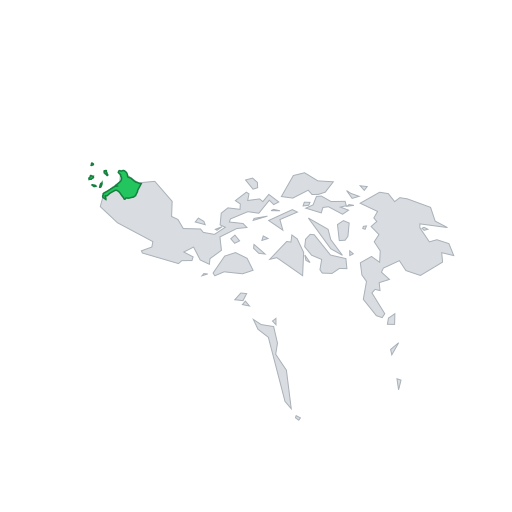 location of Cagayan within Philippines, rotated 298°
{"feature_id": "PHL-2545", "entity_name": "Cagayan", "entity_type": "Province", "adm_level": 1, "iso_a3": "PHL", "parent_name": "Philippines", "parent_adm1": "", "projection": "orthographic", "projection_center": [121.637, 18.548], "detail": "fine", "context": "in_parent", "style": "filled", "palette": "green", "viewbox_px": 512, "rotation_deg": 298, "n_neighbors": 0, "source": "natural_earth", "source_scale": "10m", "svg_char_len": 6848}
<svg xmlns="http://www.w3.org/2000/svg" viewBox="0 0 512 512"><g transform="rotate(298 256 256)"><path d="M239.0,92.5L257.5,100.9L268.0,96.6L265.2,117.5L274.4,131.6L264.9,156.3L251.3,162.9L251.6,169.9L246.1,178.9L253.8,194.3L252.1,198.4L255.6,209.2L267.0,215.4L266.6,209.7L277.5,205.2L285.3,208.6L289.7,220.0L294.6,217.7L295.2,211.8L307.8,217.5L307.6,220.6L301.1,222.6L308.1,232.4L307.2,236.5L316.4,238.4L314.4,250.7L309.7,247.5L311.5,241.6L295.1,238.4L291.3,228.0L276.7,216.0L273.5,216.5L278.6,229.3L276.9,234.6L271.2,226.1L255.9,215.2L244.8,222.8L232.0,216.6L226.8,218.7L226.3,208.6L234.6,196.7L225.6,190.4L225.7,200.9L221.9,201.6L217.1,192.7L212.9,191.1L205.3,154.3L206.8,152.4L215.0,159.8L220.3,158.2L220.3,118.1L226.5,95.3L239.0,92.5ZM351.5,323.2L370.3,335.2L373.2,343.5L369.1,352.9L375.0,355.6L377.5,362.8L380.9,387.3L370.9,397.8L371.0,411.7L361.3,385.6L357.8,387.5L349.9,402.4L355.3,408.1L357.5,420.5L349.2,430.4L346.1,418.4L338.2,423.6L316.0,410.3L313.5,395.2L319.2,384.8L305.1,374.1L300.6,374.4L298.0,384.8L290.3,377.3L283.7,381.7L282.4,376.8L277.8,375.7L265.5,396.8L260.8,396.3L259.8,390.3L268.1,371.1L285.4,365.5L289.0,358.4L299.0,351.3L309.8,358.2L308.5,368.1L318.8,363.3L324.1,353.7L332.6,354.5L336.1,343.8L343.2,346.4L344.9,342.2L352.4,342.4L351.5,323.2ZM295.9,336.6L287.5,342.2L284.2,335.5L276.3,331.3L272.0,322.5L273.9,318.9L283.8,315.6L282.8,304.7L287.0,294.7L294.1,291.9L300.6,293.7L302.1,297.4L291.8,321.3L295.9,336.6ZM344.6,251.2L352.3,259.8L351.4,275.4L357.8,289.4L344.9,287.2L339.7,282.2L336.6,276.6L338.6,271.2L324.4,261.3L320.4,250.5L344.6,251.2ZM259.5,269.7L283.2,276.3L284.7,280.3L291.4,277.8L290.5,284.3L281.5,296.4L260.5,306.4L264.3,275.2L259.5,269.7ZM169.4,336.5L137.7,358.8L141.2,349.9L190.0,305.1L192.2,292.2L198.7,283.5L197.9,292.8L202.0,304.7L189.1,315.9L178.5,319.5L169.4,336.5ZM220.8,226.1L241.2,228.4L249.4,236.3L249.8,249.2L242.0,260.1L234.0,252.5L227.1,235.3L219.2,228.9L220.8,226.1ZM327.9,282.4L337.0,281.4L339.6,285.6L339.3,296.7L346.1,309.0L342.8,312.1L338.8,307.6L339.9,316.2L333.5,312.8L333.5,296.9L330.3,292.3L324.7,293.4L321.6,277.5L327.9,282.4ZM297.2,332.0L297.5,318.6L314.1,284.4L313.4,307.1L305.6,314.3L297.2,332.0ZM328.8,322.8L316.6,327.9L311.8,327.3L308.7,322.3L322.0,313.2L328.3,316.6L328.8,322.8ZM293.3,250.5L314.0,266.3L314.2,271.9L299.4,260.0L291.4,267.6L293.3,250.5ZM321.6,222.7L317.1,225.4L313.6,222.0L318.2,211.1L323.2,216.4L321.6,222.7ZM270.2,405.7L260.7,410.5L257.4,404.1L263.3,402.1L270.2,405.7ZM207.4,257.8L216.2,260.0L218.4,265.4L210.5,265.5L207.4,257.8ZM259.4,225.6L264.5,227.6L261.7,234.4L257.2,231.2L259.4,225.6ZM236.7,418.7L246.4,422.7L232.5,422.3L236.7,418.7ZM357.1,319.0L352.0,313.8L356.3,305.3L355.8,310.4L357.1,319.0ZM265.3,248.8L262.0,263.1L259.7,257.2L261.7,250.2L265.3,248.8ZM213.8,438.1L214.5,442.3L204.8,444.7L213.8,438.1ZM262.4,187.3L262.1,193.7L259.8,196.4L257.5,186.4L262.4,187.3ZM279.8,298.6L275.6,306.8L275.6,302.1L279.8,298.6ZM211.2,267.8L208.8,273.7L206.7,266.8L211.2,267.8ZM328.7,278.5L325.5,278.7L322.3,274.1L326.2,273.4L328.7,278.5ZM277.1,253.0L277.1,258.4L272.5,253.9L277.1,253.0ZM369.5,321.6L364.8,320.8L366.9,315.0L369.5,321.6ZM288.3,236.7L296.6,247.4L286.1,236.8L288.3,236.7ZM210.3,302.9L204.7,305.9L206.3,301.1L210.3,302.9ZM304.6,336.3L303.6,340.9L300.4,338.6L304.6,336.3ZM305.4,249.6L307.2,256.0L303.1,248.0L305.4,249.6ZM133.9,371.2L131.1,370.8L131.7,366.8L133.9,366.4L133.9,371.2ZM334.4,339.4L330.8,339.8L330.4,337.3L332.6,336.9L334.4,339.4ZM360.3,395.2L357.6,392.4L358.4,389.5L360.2,390.9L360.3,395.2ZM216.0,218.2L217.5,221.8L213.2,217.6L216.0,218.2ZM345.1,314.0L346.7,318.7L342.6,313.0L345.1,314.0ZM261.0,83.6L257.0,86.6L259.9,82.2L261.0,83.6ZM266.0,212.3L260.4,209.5L260.5,207.6L266.0,212.3ZM246.2,72.0L249.7,75.3L245.8,73.1L246.2,72.0Z" fill="#d9dde1" stroke="#a8b0b8" stroke-width="1"/><path d="M236.3,92.8L236.9,92.5L237.3,92.4L237.5,92.3L238.0,92.4L238.3,92.4L238.5,92.2L238.8,92.0L239.1,91.8L239.4,91.9L239.6,92.0L239.9,92.1L240.4,92.2L240.7,92.3L240.9,92.5L241.0,92.7L241.2,92.9L242.4,93.5L243.1,94.1L245.5,95.4L245.9,95.7L246.2,95.9L247.0,96.2L248.9,97.4L249.1,97.5L249.4,97.5L249.6,97.6L249.7,97.8L249.9,98.0L250.1,98.2L251.2,98.6L251.7,99.3L252.1,100.0L252.6,100.5L252.6,100.3L252.3,99.9L252.3,99.4L252.5,99.0L252.9,99.1L253.2,99.4L257.7,101.1L258.8,101.4L259.3,101.4L260.7,101.2L261.0,101.1L262.3,100.3L263.3,98.7L263.6,98.5L264.1,98.4L264.3,98.1L264.4,97.2L265.0,95.4L265.2,95.1L266.3,95.0L266.8,95.0L267.2,95.2L267.4,95.6L267.5,96.6L267.6,97.0L267.8,97.3L268.5,97.9L268.8,98.1L269.3,98.8L269.5,99.8L269.3,101.0L269.0,102.1L268.6,102.9L267.9,103.8L267.5,104.2L266.7,104.7L265.9,105.5L265.7,105.7L265.6,106.0L265.6,106.4L265.7,106.6L265.8,106.8L265.8,107.0L265.8,107.9L266.0,108.8L266.0,109.1L264.9,114.0L264.9,114.3L265.0,114.9L264.9,115.1L264.8,115.4L264.8,115.6L264.9,115.8L265.2,116.2L265.3,116.4L265.3,118.7L265.5,119.4L266.0,120.7L258.6,120.7L258.1,120.8L257.3,121.1L256.9,121.2L254.0,121.2L252.7,121.4L252.3,121.1L251.9,120.8L251.5,120.6L251.1,120.5L250.5,120.2L250.1,119.7L249.3,118.7L247.6,116.8L247.1,116.1L246.9,115.7L246.6,114.7L246.4,114.3L246.1,113.9L245.7,113.9L245.4,113.9L244.9,113.8L244.4,113.3L244.4,112.8L244.7,112.3L245.2,111.8L245.4,111.5L245.8,110.2L247.9,106.1L248.3,105.0L248.5,103.8L248.6,102.6L248.4,101.6L247.8,100.8L243.4,97.9L242.1,97.3L239.6,96.4L239.0,96.0L238.8,95.5L238.7,95.1L238.6,94.8L238.3,94.6L237.9,94.7L237.7,95.0L237.5,95.4L237.3,95.6L236.8,96.0L236.4,96.4L236.0,96.7L235.4,96.9L235.8,94.1L236.0,93.2L236.3,92.8L236.3,92.8ZM249.6,74.0L249.9,74.4L249.9,74.5L250.0,74.7L250.0,74.8L250.1,75.0L249.8,75.1L249.6,75.1L249.4,75.1L249.2,75.3L249.1,75.6L248.9,75.6L248.2,75.4L248.0,75.2L247.1,74.7L246.8,74.6L246.6,74.6L246.4,74.5L246.3,74.3L246.0,73.7L245.2,72.7L245.6,72.5L245.9,72.4L246.3,71.9L247.7,72.4L248.2,72.4L248.6,72.3L249.0,72.2L249.3,72.1L249.6,72.4L249.6,73.7L249.5,73.8L249.6,74.0ZM260.6,82.8L260.9,83.1L261.1,83.5L261.1,83.8L260.4,84.1L259.9,84.8L259.6,85.2L258.7,85.9L258.4,86.4L258.2,86.9L258.0,87.1L257.5,87.1L257.2,86.8L257.4,86.4L257.4,85.9L257.9,85.5L258.2,85.1L257.7,84.5L258.0,84.2L258.1,83.7L258.2,83.4L258.1,83.2L258.3,83.1L258.7,82.5L258.9,82.3L259.0,82.3L259.4,82.5L259.4,82.4L259.5,82.3L259.9,82.2L260.0,82.1L260.3,82.4L260.4,82.7L260.6,82.8ZM246.1,85.0L246.8,84.9L247.2,84.9L247.5,85.2L247.7,85.4L247.9,85.5L248.1,85.6L248.4,85.6L247.8,86.0L247.2,86.2L246.6,86.4L244.4,86.6L243.8,86.5L243.4,86.1L243.3,85.7L243.9,85.5L245.3,85.1L246.1,85.0ZM241.7,77.8L242.0,77.9L242.1,78.1L242.2,78.3L242.4,79.3L242.8,80.3L242.9,81.2L242.6,82.0L241.7,81.1L241.4,80.7L241.2,80.1L241.3,79.5L241.7,78.4L241.7,77.8ZM260.7,67.3L260.9,67.3L261.1,67.5L261.1,68.1L261.0,69.0L260.8,69.3L260.3,69.5L260.0,69.4L259.4,68.8L259.0,68.5L258.8,68.4L258.7,68.1L258.7,67.8L258.8,67.8L259.0,67.8L259.5,67.7L259.8,67.7L260.1,67.7L260.5,67.3L260.7,67.3Z" fill="#22c55e" stroke="#15803d" stroke-width="1.5"/></g></svg>